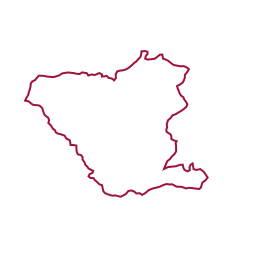 the district of Botuverá, Santa Catarina, Brazil, rotated 64°
{"feature_id": "56859067B27190428165392", "entity_name": "Botuverá", "entity_type": "district", "adm_level": 2, "iso_a3": "BRA", "parent_name": "Brazil", "parent_adm1": "Santa Catarina", "projection": "equal_earth", "projection_center": [-49.118, -27.213], "detail": "fine", "context": "isolated", "style": "outline", "palette": "rose", "viewbox_px": 256, "rotation_deg": 64, "n_neighbors": 0, "source": "geoboundaries", "source_scale": "gbopen_adm2", "svg_char_len": 2660}
<svg xmlns="http://www.w3.org/2000/svg" viewBox="0 0 256 256"><g transform="rotate(64 128 128)"><path d="M101.9,47.5L99.1,48.8L96.8,50.8L95.5,53.9L93.3,56.8L91.3,59.4L88.3,61.0L85.2,62.4L82.6,64.5L80.9,66.2L79.1,65.5L77.0,65.0L76.1,67.2L76.8,70.3L77.5,73.5L76.4,76.8L75.1,80.4L73.2,82.2L71.2,80.6L69.9,77.8L67.9,77.1L66.2,79.2L65.0,82.3L66.8,83.3L69.7,85.8L70.7,88.9L71.7,91.0L72.4,94.4L73.4,97.4L74.1,100.6L74.5,103.7L73.9,107.4L73.0,109.7L72.4,112.8L74.5,115.6L77.7,116.9L79.1,119.6L76.6,120.7L74.6,123.3L71.9,124.3L71.2,126.7L70.3,128.9L68.5,127.9L66.0,129.7L66.0,132.2L65.7,135.0L64.0,137.0L63.4,140.7L60.7,141.0L57.9,144.9L58.3,147.7L57.0,150.1L54.9,152.7L53.4,155.0L51.9,157.4L50.7,161.0L50.1,163.3L50.5,167.0L50.0,170.5L49.5,172.9L48.1,175.2L46.3,178.1L43.6,181.8L41.9,185.2L42.9,187.7L44.2,190.6L44.2,193.7L45.3,195.8L47.9,197.4L49.8,198.9L52.4,201.4L54.6,203.3L56.2,205.8L58.3,208.5L60.2,205.9L62.7,204.7L65.3,203.4L67.4,200.3L68.5,198.3L70.3,197.1L72.8,196.3L75.9,196.9L78.0,197.2L80.0,197.1L81.9,196.3L83.7,195.2L86.5,195.5L88.5,197.4L91.8,196.2L95.5,195.9L98.0,194.6L100.3,194.8L102.4,193.4L104.4,190.9L107.1,188.3L110.5,188.1L113.4,185.7L115.8,186.3L118.0,187.1L119.4,184.6L121.1,182.1L124.0,183.4L126.8,184.5L129.6,184.6L131.8,182.1L134.4,181.6L136.4,182.7L139.6,182.1L142.4,182.5L145.0,181.5L146.9,181.3L148.6,180.1L151.3,178.1L152.8,179.7L152.6,182.7L154.2,184.7L156.5,183.6L158.0,180.9L160.2,180.7L162.6,179.6L166.0,178.4L168.1,176.4L171.0,177.2L174.1,177.9L176.6,177.1L179.2,174.8L181.9,171.8L183.3,168.5L184.8,166.9L186.5,164.9L186.5,161.6L186.4,158.9L184.8,155.3L185.7,152.2L188.1,150.1L190.4,149.3L191.9,145.9L194.3,144.6L194.1,141.0L192.9,136.5L193.2,132.9L193.6,130.4L194.2,127.8L194.8,124.9L194.7,122.1L195.2,118.0L197.1,115.2L198.0,112.9L199.7,111.7L202.0,110.1L204.3,105.7L206.5,103.6L207.9,102.1L208.4,99.7L209.6,97.4L211.3,95.0L212.6,92.9L214.1,90.7L213.4,88.4L211.7,87.0L209.6,84.9L209.0,81.4L207.4,78.1L200.9,79.0L196.6,81.1L195.7,84.9L193.7,87.1L188.2,85.5L188.6,88.1L190.4,90.0L193.0,90.9L193.0,93.6L190.3,95.6L187.9,95.6L185.0,94.9L183.8,97.8L183.4,101.8L181.9,105.6L180.7,109.1L180.6,113.6L176.4,108.9L174.9,107.0L174.4,104.2L172.8,100.9L171.6,97.2L170.0,94.9L166.7,93.4L164.8,92.5L162.6,91.9L161.2,90.1L159.5,92.0L157.0,93.8L154.1,92.6L152.2,92.6L150.4,93.8L148.3,95.0L146.0,94.1L144.4,92.4L141.8,91.7L138.6,88.7L137.7,85.3L136.1,82.3L136.5,79.5L136.2,76.4L136.0,73.5L135.5,69.9L134.5,66.1L132.6,64.2L129.4,64.5L126.9,65.0L124.7,64.7L122.2,66.1L119.2,66.4L116.7,66.1L114.1,66.0L111.8,65.5L111.7,62.3L111.2,59.0L109.5,56.7L107.9,55.0L105.2,53.6L103.7,50.3L101.9,47.5Z" fill="none" stroke="#9f1239" stroke-width="2"/></g></svg>